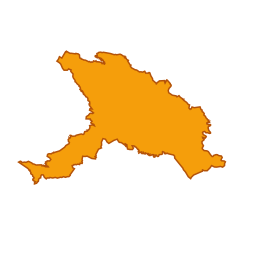 Teocaltiche, Jalisco, Mexico (Equal Earth projection), rotated 280°
{"feature_id": "50627088B70831883496545", "entity_name": "Teocaltiche", "entity_type": "district", "adm_level": 2, "iso_a3": "MEX", "parent_name": "Mexico", "parent_adm1": "Jalisco", "projection": "equal_earth", "projection_center": [-102.54, 21.482], "detail": "fine", "context": "isolated", "style": "filled", "palette": "amber", "viewbox_px": 256, "rotation_deg": 280, "n_neighbors": 0, "source": "geoboundaries", "source_scale": "gbopen_adm2", "svg_char_len": 5789}
<svg xmlns="http://www.w3.org/2000/svg" viewBox="0 0 256 256"><g transform="rotate(280 128 128)"><path d="M181.5,46.4L180.3,49.2L179.2,50.7L175.4,53.2L173.8,55.0L174.4,58.2L176.0,59.4L175.5,60.1L175.5,61.7L173.7,61.9L171.7,64.5L169.3,64.7L167.9,65.4L165.6,67.7L164.4,67.8L164.1,68.7L162.5,70.4L161.3,72.6L160.6,72.5L160.0,73.7L158.7,74.3L157.6,74.0L157.4,74.8L156.7,75.1L156.9,75.6L156.6,76.6L156.1,76.9L155.8,76.4L155.4,77.6L154.7,77.6L154.4,78.4L153.6,78.3L152.7,80.0L151.4,81.1L151.4,81.9L150.3,83.3L148.1,83.8L147.4,85.5L145.7,86.1L145.1,85.6L144.7,86.1L144.3,85.7L143.7,86.0L140.5,89.3L140.4,87.2L138.9,87.0L138.1,89.4L136.9,91.4L136.1,90.7L136.0,88.5L135.5,87.8L133.6,86.8L132.0,85.0L129.7,85.1L130.3,89.3L129.3,89.6L129.3,90.1L128.4,91.4L127.0,90.5L126.4,90.7L125.6,93.7L124.4,94.5L124.9,92.5L123.7,89.8L122.5,90.4L120.4,90.2L119.1,89.3L118.8,88.3L118.5,88.7L117.9,88.6L116.9,86.0L114.4,85.6L113.8,84.9L114.0,83.0L111.8,78.1L111.0,77.7L110.2,74.8L110.9,72.9L110.6,72.2L109.5,73.1L108.2,72.8L107.9,72.0L108.1,71.7L107.4,71.9L106.3,71.1L104.4,71.7L103.6,72.8L102.3,72.6L100.0,69.9L98.0,68.9L93.6,64.6L91.2,59.9L91.2,59.1L90.6,59.1L90.3,57.9L89.2,56.9L89.0,54.7L88.1,53.4L86.1,53.3L84.9,56.2L83.6,57.5L81.9,56.5L81.7,54.5L81.3,53.9L80.7,54.0L80.3,52.8L79.8,53.0L78.7,52.6L78.3,53.9L77.2,53.4L76.6,54.2L76.5,55.6L75.9,56.2L75.5,53.4L76.5,51.8L75.9,51.8L76.1,51.1L75.8,49.9L76.5,49.8L76.7,49.1L75.6,44.0L76.1,41.9L76.2,40.2L76.8,39.5L77.9,35.7L76.4,33.5L76.5,32.3L75.6,29.6L76.4,28.7L76.6,27.7L75.4,26.2L70.9,36.2L69.9,37.6L69.4,37.7L69.3,38.8L68.8,38.6L67.3,40.1L66.1,40.2L65.2,42.1L63.9,42.6L62.9,44.0L61.8,44.0L61.1,43.1L59.9,43.6L59.0,46.0L57.9,45.4L56.7,45.6L57.7,47.5L59.0,48.3L59.3,48.1L60.0,49.0L62.1,48.9L63.6,50.0L63.7,50.6L66.2,50.6L67.0,51.2L67.0,52.8L64.9,54.2L63.7,56.3L64.8,57.1L65.1,59.2L65.7,59.6L65.7,62.6L66.7,64.9L66.4,67.2L67.8,70.1L67.8,71.4L68.9,72.9L68.6,74.9L69.6,76.9L69.8,78.2L71.3,79.3L71.7,79.0L78.6,82.3L79.3,80.4L81.2,79.6L81.3,80.1L82.5,80.9L82.5,81.8L83.0,82.3L82.8,83.4L83.7,84.8L83.6,86.7L84.9,86.9L85.2,89.0L86.3,89.0L87.0,88.3L87.9,88.8L89.1,88.2L92.3,88.3L92.5,90.7L93.2,92.6L91.7,97.6L91.9,101.3L92.9,101.1L93.3,101.7L94.2,100.5L94.9,101.5L96.4,100.9L102.0,102.6L103.8,105.3L104.3,104.8L105.2,104.6L106.6,105.0L109.5,104.3L113.2,105.2L113.0,107.8L110.6,109.8L109.5,111.8L113.4,116.3L115.1,119.3L112.7,121.3L112.3,122.7L112.5,123.9L110.8,127.5L112.0,127.9L111.2,129.9L110.3,130.0L110.5,128.1L109.4,129.2L109.3,130.4L107.2,131.2L107.1,133.4L107.6,136.2L109.1,136.8L111.2,135.2L111.4,136.1L111.2,137.8L110.7,138.0L110.5,139.3L108.5,141.5L108.7,141.8L107.8,142.7L106.5,142.3L106.4,143.1L105.3,143.1L106.8,145.2L106.7,145.7L105.8,145.4L105.2,146.3L105.6,147.3L106.6,147.4L106.3,147.8L105.5,147.9L105.4,149.4L106.4,149.5L106.1,150.6L106.3,152.2L105.5,152.1L105.9,154.0L105.2,153.7L105.0,153.0L104.6,153.7L105.0,155.3L106.0,156.4L106.2,158.1L105.9,158.4L105.0,157.7L103.8,158.7L104.1,159.5L106.2,160.1L106.1,160.8L105.2,161.5L105.1,162.3L105.4,162.9L107.2,163.4L107.9,165.9L108.7,166.5L110.4,166.0L110.8,166.3L110.4,167.8L109.2,168.6L109.7,169.3L109.3,169.7L109.7,169.9L109.7,170.9L110.0,171.2L109.6,172.4L109.3,177.6L108.3,178.8L106.5,179.2L97.9,189.1L96.6,189.8L94.7,192.2L90.5,195.8L89.0,198.5L90.5,199.0L93.1,200.8L98.4,208.8L99.6,208.7L99.2,210.7L99.7,213.4L102.8,215.6L105.5,216.9L104.6,219.9L104.9,222.1L106.2,225.8L105.9,228.0L107.7,229.6L109.9,229.3L111.6,229.8L112.2,228.5L112.0,225.8L112.3,225.3L113.2,225.2L115.3,225.9L116.6,224.9L116.6,222.2L117.2,220.6L117.1,219.4L115.9,217.2L114.7,216.6L114.5,215.8L115.5,214.4L118.7,211.2L119.2,209.7L119.0,206.8L120.4,204.8L121.2,204.6L123.6,205.4L125.7,203.6L127.5,203.2L129.7,205.0L130.3,204.7L131.0,203.3L131.8,203.0L131.4,205.7L133.0,206.6L133.6,206.1L134.6,203.2L136.5,202.2L137.3,202.7L137.9,204.1L136.8,205.6L137.2,207.1L136.8,209.1L137.2,210.1L138.0,210.0L139.6,208.0L142.1,206.8L143.7,207.0L144.1,208.2L145.3,208.9L145.7,208.6L145.4,206.2L145.8,204.9L146.8,204.8L147.7,207.0L148.2,206.2L148.8,206.8L148.8,205.9L149.8,206.0L150.0,204.8L150.7,204.4L151.7,202.9L152.9,202.3L154.0,200.4L155.3,200.6L156.5,199.5L157.0,198.2L158.6,197.8L158.8,196.7L161.3,195.3L159.5,189.7L159.8,187.4L157.8,186.9L157.7,186.2L157.2,185.9L158.3,184.5L161.4,184.6L161.7,183.2L163.4,181.3L165.0,177.9L166.0,178.0L165.8,176.8L166.2,176.8L167.3,174.2L168.7,172.6L167.2,170.8L168.0,169.8L168.0,166.0L169.8,162.0L171.9,161.1L174.1,161.5L176.5,163.0L177.7,163.1L178.6,161.9L179.1,161.9L181.9,158.4L182.1,157.9L178.7,156.7L179.4,156.3L180.2,156.8L180.3,156.2L180.7,156.4L181.1,156.0L179.8,150.6L178.9,150.2L178.0,148.9L175.8,148.2L176.9,148.1L179.3,144.1L181.0,143.5L183.3,141.5L186.1,139.9L186.3,139.1L185.6,138.5L185.1,136.0L186.8,134.6L185.5,132.6L185.6,131.0L185.2,129.5L186.6,126.5L186.6,124.8L187.9,121.0L189.3,119.6L190.4,120.0L190.6,119.0L193.8,116.2L194.7,116.6L195.2,115.0L196.2,114.1L196.6,112.6L197.3,113.2L197.4,112.5L198.0,112.6L198.1,110.6L199.0,108.8L199.3,107.3L198.1,104.1L198.3,103.1L197.8,101.7L198.3,97.7L198.3,90.6L197.7,89.3L198.0,88.1L197.4,86.1L196.6,85.6L196.3,84.8L195.8,84.4L193.8,85.2L193.6,83.3L192.6,83.3L192.3,84.0L192.5,84.4L191.8,85.4L192.3,86.0L192.0,86.2L192.3,86.7L192.1,87.7L191.2,87.8L191.5,88.8L192.0,89.1L191.7,89.7L191.2,90.4L191.0,89.3L190.4,89.3L190.0,90.0L190.2,91.9L189.5,91.9L189.0,93.0L188.3,92.4L188.0,93.8L187.3,94.0L186.8,93.6L187.3,92.8L186.9,91.2L188.2,90.2L187.9,89.6L188.1,88.2L187.8,85.4L188.6,84.8L187.9,84.0L188.1,82.4L187.0,82.0L186.6,81.3L186.7,80.5L186.2,80.0L186.8,78.4L186.4,77.9L187.4,74.4L187.3,72.4L187.8,71.2L187.7,70.1L188.4,69.7L188.6,68.3L191.5,67.5L192.3,66.2L192.4,63.7L192.0,63.6L191.9,63.0L191.7,58.6L191.4,58.0L192.9,54.0L191.9,53.7L192.1,53.2L185.4,50.7L186.3,48.1L183.5,47.5L181.5,46.4Z" fill="#f59e0b" stroke="#b45309" stroke-width="1.5"/></g></svg>